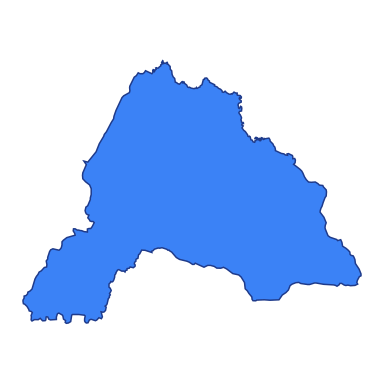 the district of Kueneng, Berea, Lesotho
{"feature_id": "5366337B11149165517433", "entity_name": "Kueneng", "entity_type": "district", "adm_level": 2, "iso_a3": "LSO", "parent_name": "Lesotho", "parent_adm1": "Berea", "projection": "orthographic", "projection_center": [27.999, -29.014], "detail": "fine", "context": "isolated", "style": "filled", "palette": "blue", "viewbox_px": 384, "rotation_deg": 0, "n_neighbors": 0, "source": "geoboundaries", "source_scale": "gbopen_adm2", "svg_char_len": 5895}
<svg xmlns="http://www.w3.org/2000/svg" viewBox="0 0 384 384"><path d="M357.7,284.1L356.8,282.4L357.5,280.1L359.4,276.6L361.0,275.8L361.0,273.9L359.1,269.1L355.4,263.5L354.9,259.5L353.8,256.9L353.1,255.8L351.2,255.4L350.1,254.4L349.8,252.0L348.2,250.2L346.0,248.3L342.6,246.2L341.9,242.3L340.7,239.7L337.7,240.6L336.7,239.5L330.2,237.3L328.0,235.7L325.3,229.0L325.0,227.5L325.3,225.3L326.2,222.8L323.9,217.2L320.1,212.2L320.2,210.8L320.9,208.4L322.0,206.3L323.2,202.4L325.0,197.7L326.2,196.0L326.5,191.9L326.2,189.9L323.5,187.0L322.8,185.5L319.4,185.1L317.9,183.6L315.3,182.0L311.2,182.3L308.5,182.0L306.3,179.7L304.5,176.9L302.9,173.1L301.8,171.1L299.9,169.2L293.6,164.3L295.1,162.8L295.4,160.0L294.7,158.5L292.8,158.7L292.8,156.9L292.4,155.5L288.5,153.6L287.1,153.9L287.5,155.3L285.2,154.9L284.0,153.9L281.3,153.4L275.4,150.6L275.4,149.2L274.8,147.0L273.8,146.0L272.9,143.9L270.2,141.2L269.9,139.6L268.9,138.1L264.9,138.8L264.3,138.5L264.2,139.2L263.5,139.5L263.2,139.4L262.4,138.0L261.4,137.7L261.3,138.3L261.7,138.7L260.7,140.6L260.0,140.8L259.5,140.2L260.6,138.9L260.6,138.5L259.0,138.4L258.0,139.8L257.7,139.4L257.8,138.8L257.3,137.8L256.0,137.3L255.4,137.6L255.0,138.4L256.3,138.4L256.7,139.1L255.9,140.5L255.1,140.4L254.9,142.0L254.5,142.3L253.0,141.8L252.3,140.2L250.9,139.8L250.2,136.8L249.5,136.2L248.7,136.6L247.9,136.2L247.6,134.8L245.3,131.5L243.8,130.4L242.0,127.9L243.2,125.9L241.7,124.9L242.2,123.7L243.5,123.6L243.4,122.8L243.0,122.4L242.3,122.6L241.4,122.0L241.4,120.9L240.9,119.8L241.4,118.6L241.5,117.5L240.3,114.9L239.1,113.4L238.9,112.4L239.8,111.3L241.5,111.0L241.8,108.5L241.6,107.0L240.7,106.3L239.6,108.5L239.1,108.5L238.5,107.9L238.5,106.5L238.0,105.0L238.6,103.4L241.2,102.1L241.2,100.8L239.5,99.3L239.2,98.2L239.6,97.6L240.2,98.2L241.0,98.3L241.3,97.9L241.4,97.0L240.3,95.6L237.4,95.2L237.1,94.7L237.2,93.1L235.6,93.0L234.0,92.1L232.0,94.1L231.4,93.7L230.2,94.3L229.0,94.1L226.6,92.7L225.1,91.2L223.7,92.3L222.3,92.0L222.0,90.7L220.5,89.2L218.6,88.4L217.1,86.9L214.4,85.8L214.6,84.7L209.6,82.3L209.4,81.0L208.1,80.1L207.6,79.0L206.7,78.0L205.0,78.1L204.4,78.6L204.4,79.4L203.3,79.7L202.0,84.7L200.2,86.0L199.9,87.1L198.4,87.5L197.3,88.4L196.5,88.2L196.3,87.6L195.8,88.4L194.8,88.3L194.1,88.7L191.1,88.1L189.5,87.2L188.8,87.5L187.6,87.0L186.7,85.0L184.6,83.4L184.0,81.9L183.5,82.0L183.4,82.8L183.0,83.0L182.6,81.6L182.0,81.7L179.5,84.2L177.5,83.5L176.7,82.6L175.3,82.2L174.7,78.5L173.1,76.8L172.1,74.4L171.7,70.8L170.3,69.3L170.1,66.3L169.4,65.9L168.3,64.3L167.2,64.1L167.4,62.7L167.1,62.3L165.4,63.3L164.3,63.3L162.9,61.8L163.0,61.0L162.7,60.7L161.6,62.5L161.8,62.9L162.9,63.2L162.9,63.8L162.0,63.9L160.7,64.9L160.8,65.9L159.1,67.1L158.6,67.9L157.6,68.2L156.3,67.7L155.7,68.0L156.2,69.2L155.1,70.1L154.4,71.7L153.7,71.3L153.8,69.7L153.2,69.6L152.7,70.4L152.9,72.4L151.9,73.7L145.5,70.7L144.4,72.5L142.9,73.7L140.0,73.7L138.2,72.8L136.4,75.6L134.2,77.2L129.8,86.2L129.6,87.8L129.9,90.7L129.4,92.6L123.7,95.8L122.0,97.6L116.0,110.4L114.0,116.2L113.6,118.8L111.1,122.8L106.4,131.8L104.3,134.4L103.7,136.3L99.3,143.7L96.1,151.8L87.8,162.1L83.9,161.1L86.3,164.7L82.8,172.9L82.5,175.4L82.8,178.8L85.6,181.8L89.6,184.9L91.2,188.7L91.2,194.5L90.3,198.0L90.3,199.6L87.7,205.8L85.9,207.1L85.1,210.6L85.6,212.5L86.3,213.8L87.4,214.6L88.9,215.1L87.8,217.8L89.3,219.6L90.0,221.0L91.5,221.5L93.1,221.5L94.2,222.6L92.2,226.6L90.8,228.5L88.9,228.5L87.4,229.0L87.4,232.0L84.0,231.6L81.8,230.7L80.0,230.5L78.8,230.1L77.3,230.1L75.1,228.8L73.5,228.8L73.2,230.9L74.7,233.3L75.1,235.2L66.8,237.6L63.4,240.2L62.0,241.8L62.0,244.8L61.6,246.6L61.2,247.9L60.1,249.3L59.0,250.2L52.9,248.8L50.7,249.8L49.6,251.5L48.5,254.9L47.7,257.3L47.7,259.0L46.2,261.0L46.9,264.6L46.6,267.0L44.3,267.5L41.3,270.8L39.1,272.1L38.0,274.4L36.4,276.4L35.0,279.0L32.0,289.1L29.8,291.2L27.9,292.1L27.5,294.0L26.1,295.5L24.1,296.1L24.1,298.2L23.0,300.1L23.0,301.5L23.4,303.7L24.7,304.2L27.0,306.4L28.7,309.3L29.2,310.9L31.3,311.5L32.3,312.6L31.1,315.5L31.4,317.0L31.1,319.9L32.0,321.0L34.6,319.6L38.2,319.7L40.2,318.3L42.6,320.8L45.1,320.7L45.8,320.0L46.1,317.0L46.8,316.7L47.9,317.1L48.7,319.1L50.4,319.9L56.4,319.5L56.4,317.0L57.3,314.1L57.8,313.5L58.9,313.1L62.4,315.1L62.9,316.1L63.5,319.1L65.6,320.6L65.2,322.4L66.3,323.3L68.4,323.0L70.7,321.6L71.7,315.2L72.5,314.5L78.9,314.5L84.4,315.2L85.2,316.1L84.6,318.8L84.6,321.0L85.4,322.4L86.4,323.0L88.0,322.8L89.3,320.1L90.7,319.4L91.6,319.4L95.4,320.7L96.7,320.1L99.0,317.7L101.4,318.7L102.4,316.9L101.1,311.8L102.7,312.2L104.0,312.0L105.5,310.5L106.2,307.1L105.1,306.1L106.5,305.0L107.1,303.9L108.3,298.7L109.4,297.4L109.4,295.9L110.3,294.9L109.5,293.5L110.7,291.7L111.2,290.4L110.2,288.2L109.0,287.1L109.0,284.0L110.3,282.7L110.8,281.5L111.9,282.0L112.9,281.5L113.8,279.9L114.6,277.4L114.8,275.0L115.9,273.6L115.8,273.0L117.5,270.1L118.9,269.6L121.7,271.1L124.0,271.1L125.0,272.0L125.6,270.5L127.0,270.1L127.1,268.6L129.3,268.2L130.1,267.0L133.3,267.7L135.0,266.4L135.2,265.0L134.3,263.9L134.7,262.2L135.9,261.2L135.9,259.7L136.4,258.9L137.9,258.4L138.6,254.6L139.7,253.9L141.7,250.1L145.1,250.3L151.9,252.5L151.7,251.2L153.0,250.7L154.4,249.2L158.1,248.0L159.6,248.2L162.0,247.7L166.9,249.3L167.7,250.1L169.2,250.2L169.4,250.7L171.7,252.1L176.3,257.5L179.5,259.4L186.9,261.2L189.3,262.2L192.5,264.4L194.1,264.4L195.2,263.2L204.0,267.2L207.7,265.4L210.5,265.4L214.2,266.4L216.8,268.1L220.8,268.2L223.5,267.3L226.6,268.9L232.8,273.6L238.7,274.9L241.1,277.0L244.5,282.5L245.2,288.8L247.2,290.7L248.9,293.4L251.8,296.9L252.1,299.4L253.0,300.7L255.8,300.8L256.8,300.1L264.2,299.8L270.1,300.2L279.0,299.8L282.3,295.0L285.9,292.6L288.4,290.0L290.1,285.6L292.2,284.1L295.8,282.7L298.8,282.4L300.7,283.5L307.6,284.5L309.6,284.5L314.5,283.0L316.1,283.0L323.6,284.3L333.5,284.9L335.3,285.3L337.0,286.2L339.0,284.9L339.9,283.4L341.6,283.4L344.1,285.0L345.8,285.5L347.9,285.1L350.6,285.7L355.0,285.4L357.7,284.1Z" fill="#3b82f6" stroke="#1e3a8a" stroke-width="1.5"/></svg>